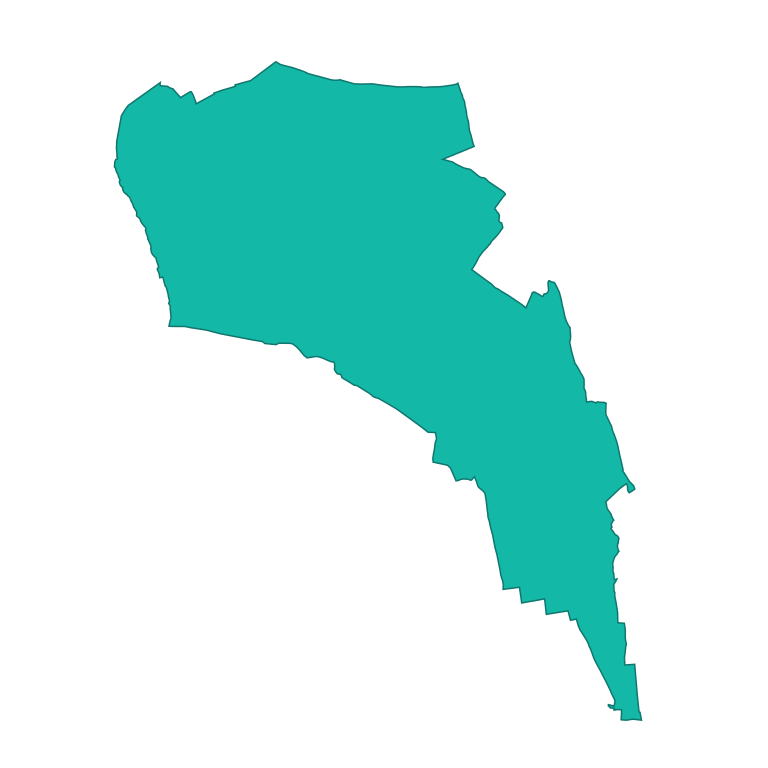 Rediu, Iasi, Romania (Mercator projection), rotated 6°
{"feature_id": "2599482B72561220521834", "entity_name": "Rediu", "entity_type": "district", "adm_level": 2, "iso_a3": "ROU", "parent_name": "Romania", "parent_adm1": "Iasi", "projection": "mercator", "projection_center": [27.484, 47.225], "detail": "fine", "context": "isolated", "style": "filled", "palette": "teal", "viewbox_px": 768, "rotation_deg": 6, "n_neighbors": 0, "source": "geoboundaries", "source_scale": "gbopen_adm2", "svg_char_len": 6096}
<svg xmlns="http://www.w3.org/2000/svg" viewBox="0 0 768 768"><g transform="rotate(6 384 384)"><path d="M275.1,354.4L286.3,353.4L288.9,353.6L293.2,356.2L296.5,359.0L301.6,364.1L303.4,365.2L304.2,365.4L304.7,366.1L313.7,363.7L316.3,363.8L320.2,364.6L325.3,366.3L329.7,367.5L330.6,367.5L331.5,367.3L332.1,367.5L332.6,368.9L333.2,371.6L333.1,374.2L333.6,375.4L334.7,376.9L336.4,378.7L340.1,379.1L341.6,382.1L343.3,383.0L350.3,386.2L354.2,388.2L357.6,388.5L359.6,389.6L370.2,394.7L373.0,396.4L373.8,397.2L375.6,398.1L380.0,398.9L390.5,403.5L399.7,407.8L424.8,422.3L433.0,427.4L440.2,426.9L441.9,432.5L441.8,434.1L441.1,436.6L440.9,444.9L440.5,448.4L440.5,450.7L440.3,452.2L440.6,454.6L441.0,455.6L441.0,456.6L455.6,458.1L458.8,460.5L465.8,472.8L468.4,472.0L470.3,470.8L473.5,470.0L475.3,470.1L477.2,469.8L479.5,470.5L480.8,470.5L481.4,470.0L482.7,468.0L483.7,466.9L486.1,471.3L487.4,474.3L488.5,476.4L489.0,476.9L492.9,479.5L495.3,481.5L495.7,482.2L496.1,483.1L498.0,490.1L499.7,497.9L500.7,501.9L501.2,504.6L501.7,506.5L503.1,509.6L505.0,515.6L507.6,522.2L511.4,534.7L514.3,542.3L518.9,557.1L520.0,561.4L521.3,564.8L522.3,566.6L522.7,567.8L523.6,571.1L523.9,575.8L540.0,572.0L542.9,583.5L543.8,587.4L566.2,580.9L569.5,596.1L590.7,590.4L594.2,599.5L599.9,597.7L602.6,604.4L604.8,608.2L610.8,615.7L613.3,619.1L614.5,621.2L615.5,623.6L617.2,626.1L621.8,635.6L624.1,639.2L628.7,645.8L636.9,658.3L641.8,666.3L642.3,667.5L646.4,673.9L646.8,675.4L646.8,677.1L646.5,680.2L640.7,679.4L640.7,680.5L640.9,680.9L642.6,681.8L642.8,682.5L646.7,682.4L646.6,684.1L646.9,684.2L648.4,683.9L648.4,683.6L654.2,683.1L654.7,686.8L654.9,693.1L655.0,693.2L660.0,693.0L661.6,692.7L664.1,691.9L667.4,691.3L675.2,691.4L673.0,684.0L672.9,683.7L671.9,683.4L668.6,667.9L662.6,636.6L652.9,638.3L651.8,631.4L651.9,621.0L651.7,620.1L652.3,618.2L651.7,615.5L651.2,614.4L650.5,611.4L649.7,603.3L648.0,596.8L641.5,597.0L640.2,586.9L637.9,578.1L635.9,571.5L635.5,569.6L635.4,567.4L634.7,566.2L634.2,564.5L633.5,559.3L633.9,558.1L634.5,557.4L635.0,556.3L636.0,553.6L633.4,554.6L632.2,548.1L631.2,546.2L631.0,542.5L630.3,539.6L630.3,538.0L630.9,534.2L631.6,532.0L631.9,530.9L632.6,530.2L633.7,528.6L634.2,527.2L635.2,525.8L634.3,524.7L633.2,521.5L633.1,520.6L633.2,518.3L633.6,517.7L633.5,514.9L633.8,513.3L633.7,512.7L632.3,511.0L631.6,510.3L630.0,509.9L624.7,503.8L625.7,502.5L624.6,500.0L626.3,495.6L626.7,495.4L624.5,492.3L623.5,489.8L619.5,485.2L618.7,483.9L617.6,479.8L616.8,478.0L630.0,462.7L633.4,459.6L635.7,457.9L636.3,458.8L637.0,461.0L637.2,462.6L637.6,464.4L638.4,465.7L639.3,466.5L643.5,463.2L644.4,462.1L642.8,459.0L638.2,455.2L632.0,447.2L630.1,445.1L630.8,444.4L625.7,429.6L623.3,422.0L621.3,416.6L618.2,410.2L616.2,406.6L614.6,402.0L613.4,400.2L608.1,391.6L607.6,389.8L607.1,383.3L606.9,381.7L607.0,380.1L606.8,379.9L605.1,379.3L600.6,379.6L598.1,379.5L597.3,380.0L597.0,380.7L592.5,379.5L587.2,380.7L587.0,378.5L585.8,374.1L585.7,372.2L585.1,370.4L583.2,366.8L583.1,363.9L582.4,358.2L580.1,354.4L578.6,352.7L576.9,350.0L573.6,345.5L571.8,343.6L567.3,332.4L564.1,322.5L564.6,321.6L564.7,317.7L564.1,313.8L563.2,309.7L563.3,308.7L562.2,307.6L560.7,305.6L559.7,303.8L559.0,302.9L556.8,298.0L554.7,291.4L553.0,286.8L551.4,281.3L548.7,274.3L545.0,268.3L543.0,265.4L539.2,264.7L538.0,264.1L537.2,264.0L536.8,264.9L536.5,266.4L537.9,273.7L537.7,274.6L537.5,275.2L536.9,276.1L535.3,277.7L534.5,277.5L533.6,277.9L532.8,280.4L531.1,280.0L530.0,279.3L527.7,278.2L523.6,276.7L523.5,277.2L523.0,277.5L522.0,277.5L521.5,279.7L517.2,293.4L512.6,290.5L498.5,283.0L489.9,279.0L487.5,277.6L484.5,276.7L480.2,273.2L473.6,269.5L459.2,261.0L460.7,258.6L463.4,252.6L465.2,247.7L468.3,242.4L472.6,236.8L474.0,234.4L475.1,233.4L475.5,231.9L476.6,230.0L478.7,227.5L481.3,223.9L485.2,217.3L485.8,216.0L484.6,212.6L484.1,211.5L482.5,211.2L481.3,209.9L481.2,209.1L481.2,204.8L481.0,204.1L479.8,202.0L478.5,201.2L477.5,199.7L476.2,198.6L475.8,197.7L482.6,186.0L484.8,182.8L484.5,181.9L482.7,180.3L467.7,172.3L466.4,171.5L463.6,169.2L462.3,168.6L458.8,168.4L457.0,167.8L449.2,162.6L447.4,161.6L446.3,161.4L442.7,161.1L439.9,160.5L432.6,157.8L429.2,156.1L418.9,154.4L448.8,138.3L447.3,135.3L444.4,127.2L443.1,124.4L442.2,122.0L440.6,114.4L439.4,111.6L438.2,108.3L437.4,104.2L435.4,98.2L434.7,95.2L433.6,92.9L432.3,91.0L431.8,88.8L429.8,85.5L429.0,83.5L427.4,80.2L426.1,77.1L424.2,78.4L421.3,79.4L411.1,82.0L407.3,82.7L397.7,83.9L392.0,85.0L390.5,84.6L385.8,84.8L376.9,85.7L371.1,86.7L365.4,87.1L348.4,87.0L342.3,86.7L340.4,86.8L328.9,88.2L323.1,88.6L309.7,86.3L308.5,85.9L307.9,86.3L304.0,87.0L300.4,87.1L275.8,83.2L274.9,82.7L271.1,81.5L261.3,79.2L249.4,77.4L247.4,77.0L242.8,74.8L219.7,96.2L204.6,102.1L205.2,103.5L192.2,108.8L184.4,112.5L184.7,113.4L167.9,125.0L167.1,122.7L165.3,119.1L163.9,116.5L162.6,114.5L161.5,113.4L160.8,113.5L151.7,120.4L144.1,113.4L143.6,112.7L139.3,111.6L137.8,110.6L130.4,110.7L129.9,109.1L130.0,107.6L100.5,133.7L99.0,136.2L97.0,139.9L94.8,144.6L92.8,170.8L93.1,173.7L93.2,177.1L94.4,183.2L94.6,185.9L95.4,187.2L95.2,188.0L93.8,188.7L93.1,191.0L93.2,196.3L94.2,197.1L96.0,201.5L97.1,202.7L97.5,203.3L98.3,205.8L99.3,207.0L99.7,208.1L100.3,208.9L99.7,209.8L99.7,210.5L99.8,211.3L100.6,212.9L101.1,214.0L102.2,215.0L103.7,215.8L103.5,216.3L103.6,217.4L103.9,217.7L104.2,218.7L105.2,220.3L106.5,221.3L107.2,221.4L107.4,221.9L108.8,222.7L109.3,223.4L111.7,225.1L113.0,227.9L115.0,230.8L116.6,234.3L120.0,238.6L120.4,242.7L123.8,244.9L125.2,247.9L128.3,251.4L131.0,253.8L131.0,254.8L130.6,255.6L131.9,259.1L133.8,262.8L133.7,263.9L137.3,270.2L138.0,272.0L137.9,273.4L138.5,276.0L139.2,277.9L140.5,279.6L142.6,281.5L144.5,282.9L144.4,283.7L145.4,286.2L147.4,290.4L147.6,291.9L147.3,292.2L147.0,292.2L146.6,292.8L146.7,294.1L148.8,297.5L149.9,301.8L152.7,300.9L153.3,301.7L154.0,303.8L156.1,309.3L157.2,310.3L160.1,317.7L160.4,319.5L162.0,323.6L161.8,324.9L161.4,326.2L163.0,328.5L163.5,329.4L163.4,330.9L165.3,340.2L164.4,345.8L164.1,349.0L166.9,348.9L180.2,347.6L185.8,348.2L201.3,348.9L216.5,351.2L249.9,354.0L258.7,354.5L261.3,356.2L272.6,356.1L275.1,354.4Z" fill="#14b8a6" stroke="#0f766e" stroke-width="1.5"/></g></svg>